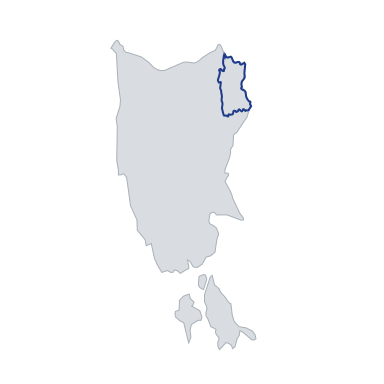 Võru on a map of Estonia (Robinson projection), rotated 262°
{"feature_id": "EST-2351", "entity_name": "Võru", "entity_type": "County", "adm_level": 1, "iso_a3": "EST", "parent_name": "Estonia", "parent_adm1": "", "projection": "robinson", "projection_center": [26.896, 57.737], "detail": "medium", "context": "in_parent", "style": "outline", "palette": "blue", "viewbox_px": 384, "rotation_deg": 262, "n_neighbors": 0, "source": "natural_earth", "source_scale": "10m", "svg_char_len": 4303}
<svg xmlns="http://www.w3.org/2000/svg" viewBox="0 0 384 384"><g transform="rotate(262 192 192)"><path d="M312.6,261.7L311.3,261.9L304.1,261.0L296.2,258.4L292.7,256.3L289.3,256.4L285.2,257.7L270.4,261.5L266.8,260.6L258.4,256.9L254.1,252.8L244.7,244.6L243.9,242.7L242.7,241.1L232.5,239.1L228.8,236.1L225.7,235.7L221.2,234.2L209.4,227.7L206.4,227.1L205.7,228.2L205.9,229.7L205.1,230.6L203.6,230.6L200.9,228.2L197.7,226.2L187.4,230.1L183.6,231.1L180.4,231.3L164.1,236.5L159.1,239.3L157.0,239.0L157.5,236.4L164.5,223.3L165.9,213.0L168.4,211.6L169.1,210.1L168.1,206.8L161.2,204.7L158.3,205.0L155.7,208.6L153.1,211.1L146.9,212.7L141.6,210.0L129.2,206.4L126.2,201.6L125.5,196.8L119.1,192.1L116.5,186.6L117.7,182.8L123.7,180.3L125.4,178.1L117.9,178.4L116.4,177.9L116.1,175.9L113.0,169.2L116.0,166.5L117.3,164.0L115.0,161.8L115.6,159.3L117.6,156.8L116.6,150.9L124.0,147.8L131.3,145.6L146.6,144.5L145.2,139.2L151.3,138.9L161.8,132.5L172.1,133.6L187.0,129.2L215.7,129.3L219.6,126.8L218.9,124.2L219.1,121.5L224.4,122.2L233.4,121.8L267.1,127.1L275.4,127.1L286.9,132.6L293.1,134.0L311.4,134.0L339.6,136.4L345.1,132.7L345.6,131.7L348.3,133.8L351.8,137.1L352.7,139.0L351.6,140.2L348.2,141.1L347.4,142.1L345.9,143.9L342.0,144.2L339.9,145.5L337.5,151.1L332.9,160.5L326.0,167.6L320.5,171.5L318.1,174.5L316.5,178.1L316.2,181.7L321.6,201.4L321.5,205.0L320.3,208.7L319.4,212.4L320.2,215.7L323.7,221.2L327.5,229.4L329.0,234.7L331.5,236.6L333.9,238.1L334.4,239.0L334.4,239.9L333.1,240.9L322.3,243.7L320.9,246.0L319.8,248.6L315.1,252.5L313.6,256.1L312.7,260.2L312.6,261.7ZM70.9,189.1L74.5,190.7L77.9,190.2L81.3,189.1L88.6,190.1L105.2,198.2L106.7,200.4L96.6,201.4L94.3,203.9L91.8,205.6L89.0,206.2L84.0,209.7L77.4,213.0L75.9,215.0L64.1,214.7L57.6,215.9L52.2,219.7L49.8,226.9L45.8,232.6L41.8,234.6L37.7,234.9L36.8,232.8L37.3,230.7L46.2,222.7L48.0,220.1L43.8,219.0L40.3,216.2L32.6,212.9L31.3,210.3L33.2,210.1L34.9,209.4L37.1,207.2L38.1,204.7L32.1,197.3L35.4,196.2L39.3,196.5L43.3,198.6L47.8,196.1L49.7,195.7L52.8,196.6L56.1,191.8L63.6,190.2L67.4,188.7L70.9,189.1ZM86.9,175.4L82.7,178.7L80.2,177.4L79.0,175.8L73.4,183.2L67.2,184.5L63.7,183.1L64.1,180.3L60.9,173.0L55.7,170.9L48.3,170.7L43.0,167.7L63.8,165.6L66.0,162.2L70.3,158.5L73.5,158.1L76.1,159.0L76.6,161.8L77.2,162.9L86.5,164.5L90.1,169.2L91.3,175.0L86.9,175.4ZM107.9,193.8L103.6,194.5L93.7,189.8L96.1,186.6L99.0,185.3L107.5,187.3L108.6,192.1L107.9,193.8Z" fill="#d9dde1" stroke="#a8b0b8" stroke-width="1"/><path d="M268.7,262.5L267.8,261.8L266.0,260.1L265.2,259.5L265.0,258.5L265.4,257.0L264.9,256.4L264.9,256.1L265.2,255.8L266.2,255.3L266.6,255.0L266.8,254.6L266.8,254.2L265.7,253.4L265.0,252.8L264.9,252.5L265.9,251.4L266.9,250.7L267.2,250.3L267.1,249.7L265.9,249.0L265.5,248.5L265.4,247.9L265.1,247.4L265.1,247.0L265.5,246.7L266.0,246.5L266.3,246.1L266.6,245.2L266.5,244.7L266.1,244.2L264.7,243.9L263.3,243.0L263.2,241.0L263.1,240.6L263.8,239.4L263.3,238.7L261.9,238.4L261.9,237.8L262.8,236.7L263.1,235.8L263.1,235.2L263.1,234.7L263.3,234.3L265.0,233.9L270.9,233.3L272.9,233.9L273.4,234.1L274.2,234.3L275.7,234.5L277.0,234.4L278.2,234.0L280.9,234.5L282.5,235.0L287.0,234.8L288.1,235.0L290.8,234.3L296.5,235.8L296.9,235.6L296.6,234.0L297.4,233.5L298.3,233.3L299.3,233.2L303.5,235.2L306.3,236.2L307.1,236.3L307.6,236.3L308.2,236.0L308.5,235.8L308.9,235.8L309.7,236.6L309.8,237.5L308.1,238.6L307.6,239.3L307.3,240.1L307.5,240.5L307.8,240.6L308.7,240.5L309.0,240.6L309.8,241.6L311.0,241.7L312.9,241.0L314.7,240.7L317.5,241.1L322.5,242.5L323.1,242.8L322.1,242.9L321.4,243.2L321.8,243.3L322.9,244.0L321.5,244.5L320.8,244.9L320.3,245.5L320.1,246.6L320.6,248.5L320.6,249.3L319.7,250.0L315.5,251.0L314.6,251.6L314.3,252.0L314.0,252.5L313.9,253.2L313.9,253.5L314.0,253.8L314.2,254.7L314.4,255.1L314.3,256.5L314.2,256.8L313.8,257.1L313.1,257.3L312.4,257.3L311.8,257.5L311.4,258.1L311.4,258.9L311.8,260.0L312.3,261.1L312.7,261.8L311.0,262.5L303.0,260.5L298.9,260.3L297.7,259.9L296.6,259.0L294.7,257.0L293.5,256.3L291.7,255.9L290.8,255.9L289.9,256.0L289.1,255.9L288.6,255.5L287.9,255.1L287.0,255.4L286.2,256.3L285.7,257.3L285.0,258.2L284.0,258.8L283.1,259.0L279.1,258.9L277.3,259.3L275.7,260.0L274.1,260.9L273.8,261.3L273.6,261.8L273.4,262.2L272.9,262.4L272.4,262.3L271.4,261.8L270.9,261.7L270.2,262.0L269.5,262.4L268.7,262.5Z" fill="none" stroke="#1e3a8a" stroke-width="2"/></g></svg>